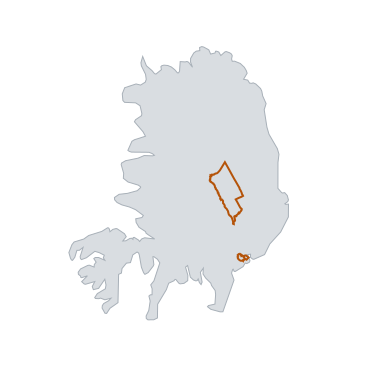 location of Ásahreppur, Suðurland, Iceland, rotated 290°
{"feature_id": "244011B31453435550318", "entity_name": "Ásahreppur", "entity_type": "district", "adm_level": 2, "iso_a3": "ISL", "parent_name": "Iceland", "parent_adm1": "Suðurland", "projection": "albers", "projection_center": [-19.181, 64.281], "detail": "fine", "context": "in_parent", "style": "outline", "palette": "amber", "viewbox_px": 384, "rotation_deg": 290, "n_neighbors": 0, "source": "geoboundaries", "source_scale": "gbopen_adm2", "svg_char_len": 8060}
<svg xmlns="http://www.w3.org/2000/svg" viewBox="0 0 384 384"><g transform="rotate(290 192 192)"><path d="M279.2,110.5L282.1,110.5L286.7,108.1L293.2,101.3L296.0,99.8L302.5,99.3L295.0,106.0L292.4,112.9L290.4,116.3L290.5,117.8L296.5,121.4L299.1,119.9L300.3,120.4L301.6,122.2L302.6,126.0L302.4,129.9L301.0,134.0L299.0,137.5L299.4,138.6L301.2,139.0L310.5,136.3L311.9,141.1L312.9,142.6L312.8,144.3L309.4,149.8L313.6,146.2L317.0,145.0L323.2,146.1L325.8,147.8L327.5,151.0L330.4,149.7L332.0,151.5L332.2,153.5L331.3,159.2L328.0,162.3L330.5,166.1L332.3,166.0L332.7,166.9L332.7,169.3L330.1,172.4L335.0,175.1L335.7,176.2L335.7,179.8L335.1,181.9L333.8,183.2L330.5,183.7L328.6,185.1L329.5,187.3L329.3,193.4L327.1,198.5L324.8,201.3L322.5,203.2L315.6,201.9L316.2,206.1L314.0,208.9L314.6,211.1L315.5,212.1L315.3,215.0L312.7,221.0L310.6,223.1L306.4,225.6L300.4,231.4L294.0,231.7L278.6,240.2L272.6,244.6L261.9,257.4L257.2,260.8L249.1,262.7L224.8,271.5L222.1,276.4L222.0,277.4L223.1,279.3L221.3,282.7L217.6,285.3L215.8,285.3L212.7,283.3L212.4,284.3L213.6,286.8L201.5,291.1L184.7,289.0L169.8,282.9L158.0,281.6L149.9,273.1L149.7,271.8L150.6,269.3L153.6,268.3L152.3,265.7L147.2,270.0L145.6,269.9L143.5,268.0L143.4,266.3L139.3,265.5L132.3,260.0L131.8,258.8L133.6,257.1L133.2,256.7L129.3,256.9L123.6,261.6L90.0,262.0L89.0,259.4L88.2,249.8L89.5,245.8L90.9,246.3L94.5,251.9L103.6,249.3L107.3,247.5L110.8,242.4L112.8,240.8L115.8,234.3L118.7,230.4L124.3,228.7L119.4,227.3L110.8,232.3L108.1,232.2L109.4,229.9L112.4,227.5L110.5,227.2L109.8,226.0L109.8,223.5L111.4,219.6L121.4,213.0L119.2,211.6L112.3,216.6L107.2,218.3L103.4,215.7L101.6,212.2L101.8,210.8L104.3,206.7L104.0,205.9L102.4,205.4L98.3,201.3L91.5,201.3L74.8,198.1L61.8,202.6L58.9,199.8L56.8,194.3L57.5,192.3L59.8,191.3L65.9,191.9L75.2,190.0L79.5,187.1L81.1,188.0L81.8,189.6L87.5,187.6L90.6,185.0L95.5,186.6L114.4,186.0L117.0,182.5L118.2,178.3L117.8,177.4L110.7,181.0L109.1,180.9L101.3,178.4L98.5,175.9L99.6,174.1L104.0,170.2L115.0,163.9L116.5,162.6L116.8,160.9L112.7,157.9L104.6,158.3L102.7,154.7L96.2,152.4L91.7,153.4L89.5,151.2L62.7,160.3L54.7,154.7L48.7,153.3L48.3,151.7L52.2,147.2L54.6,146.6L57.0,147.2L61.4,150.9L64.5,152.2L60.9,147.0L61.0,142.3L59.9,141.0L58.9,137.7L59.5,136.7L64.2,137.8L71.4,143.7L75.2,143.0L80.2,139.9L69.5,137.2L66.5,132.7L69.1,130.6L74.6,131.3L68.9,123.5L68.7,122.2L70.0,119.0L77.5,122.4L73.8,117.7L73.7,116.8L74.9,116.0L75.8,113.4L77.7,112.5L81.6,113.6L87.3,119.1L88.1,120.5L88.0,125.7L90.4,125.0L93.3,125.9L95.8,122.5L97.4,123.5L98.5,126.6L98.0,133.5L99.8,131.2L102.6,131.2L103.3,125.5L103.0,121.0L94.1,115.3L90.7,111.3L91.2,110.0L93.0,109.0L102.7,108.6L98.7,106.1L97.8,103.8L90.5,104.2L86.9,103.1L86.9,101.9L88.4,100.3L93.0,97.0L101.4,97.2L104.7,98.3L110.8,106.4L115.8,109.8L124.1,120.7L129.5,124.9L129.7,126.0L128.8,127.1L126.6,128.5L129.8,130.4L131.7,133.2L131.8,134.4L129.7,142.8L127.5,145.5L122.3,143.7L123.5,146.5L127.1,149.5L127.9,151.1L127.3,152.7L129.1,152.3L129.6,153.2L128.6,158.0L127.6,159.7L130.7,160.8L132.8,163.2L135.1,173.0L136.8,165.6L137.6,162.9L138.9,161.9L140.7,154.3L144.3,149.9L147.6,148.3L150.9,153.7L153.3,154.3L156.1,145.0L156.5,138.1L155.9,130.6L156.5,125.2L158.2,122.0L160.3,121.0L164.9,124.3L168.7,131.9L174.5,140.1L178.6,142.2L179.3,141.9L180.1,139.2L179.5,128.5L181.4,122.8L186.2,121.4L193.5,116.1L195.1,115.9L198.7,118.9L205.3,129.7L209.9,134.6L212.5,142.6L213.6,144.1L214.5,141.6L214.6,138.0L208.8,121.5L208.7,119.3L209.2,117.5L219.1,118.2L221.4,120.0L228.5,129.2L231.9,125.3L238.3,113.9L240.6,114.2L246.5,118.5L248.7,118.0L255.3,113.7L256.5,108.5L253.2,98.0L254.3,95.8L260.4,92.9L267.0,93.1L274.4,102.5L274.9,107.1L279.2,110.5Z" fill="#d9dde1" stroke="#a8b0b8" stroke-width="1"/><path d="M208.8,204.9L208.8,205.0L208.7,205.1L208.4,205.3L208.3,205.6L208.1,205.7L207.9,205.9L207.9,206.3L208.0,206.6L207.8,206.8L207.8,207.1L207.6,207.4L207.6,207.6L207.6,207.8L207.5,208.0L207.5,208.3L207.4,208.5L207.3,208.8L207.3,209.0L207.2,209.2L207.2,209.3L206.8,209.4L206.7,209.5L206.7,209.8L206.6,210.1L206.4,210.5L206.1,210.9L206.0,211.0L205.7,211.0L205.4,211.4L205.3,211.5L204.5,211.9L204.3,212.0L204.2,212.1L204.2,212.3L203.9,212.6L203.8,213.0L203.7,213.1L203.2,213.1L202.9,213.3L202.8,213.5L202.7,213.7L202.7,213.9L202.6,214.2L202.5,214.4L202.2,214.8L201.9,215.0L201.7,215.3L201.7,215.5L201.3,215.8L201.2,216.0L200.9,216.0L200.5,216.4L200.1,216.5L200.1,217.0L200.0,217.4L199.8,217.5L199.6,217.5L199.2,217.5L198.7,218.0L198.6,218.3L198.2,218.5L198.1,218.8L197.8,218.9L197.7,219.0L197.5,219.4L197.5,219.5L197.2,219.9L197.1,220.1L196.7,220.4L196.2,220.7L196.1,220.8L195.8,220.8L195.4,220.7L195.2,220.8L195.1,221.0L194.8,221.4L194.7,221.7L194.6,221.8L194.9,221.9L195.0,222.0L195.2,222.5L194.8,223.0L194.7,223.4L194.6,223.7L194.6,223.8L194.1,224.3L193.8,224.3L193.7,224.3L193.2,224.6L192.7,224.8L192.0,225.1L191.9,225.5L191.7,225.7L191.5,226.2L191.3,226.5L191.1,226.6L190.7,227.2L190.4,227.4L190.2,227.5L189.9,227.5L189.4,227.6L188.9,228.4L188.9,228.6L188.8,228.8L188.4,229.2L188.4,229.4L188.2,229.8L188.1,230.2L187.9,230.5L187.7,230.7L187.4,231.0L187.2,231.2L187.0,231.6L186.4,232.3L186.2,232.4L186.1,232.5L185.9,232.7L185.0,233.1L184.8,233.4L184.6,233.5L184.4,233.6L184.1,233.8L183.8,234.0L183.7,234.1L183.5,234.4L183.4,234.5L183.1,234.8L182.9,235.1L182.8,235.4L182.8,235.7L182.8,235.9L182.6,236.1L182.5,236.3L182.5,236.7L182.3,237.0L182.2,237.3L181.9,237.5L181.7,237.8L181.2,238.4L181.1,238.5L180.1,239.3L178.8,240.3L178.3,240.6L177.9,240.8L177.5,241.0L177.2,241.2L176.9,241.2L176.3,241.3L176.2,241.4L176.1,241.5L176.1,242.1L176.1,242.3L176.6,242.1L177.0,241.5L177.3,241.4L177.9,241.4L178.2,241.4L178.4,241.5L178.7,241.7L178.8,241.9L179.1,242.0L179.9,242.2L180.1,242.1L180.6,241.9L180.9,241.7L181.2,241.5L181.6,241.3L181.7,241.1L182.6,240.5L183.2,240.3L183.5,240.1L183.8,240.2L184.0,240.5L183.8,240.7L184.0,240.8L184.0,241.0L184.3,241.1L184.6,241.5L184.4,241.6L184.3,241.8L184.5,242.0L184.9,242.0L185.0,242.0L185.3,241.9L185.5,241.8L185.9,242.1L186.5,242.5L187.0,242.7L187.6,242.8L187.8,242.8L187.9,243.0L188.1,243.0L187.9,243.3L187.8,243.5L188.2,243.8L188.5,243.6L189.0,243.8L190.8,244.5L191.3,244.6L191.5,244.7L191.8,244.5L192.2,244.5L192.4,244.7L192.6,244.7L192.9,244.6L193.1,244.5L193.8,242.7L198.0,238.0L200.0,235.6L202.4,237.9L204.4,240.1L205.3,240.9L205.8,241.3L206.0,241.1L206.6,240.5L206.7,240.2L206.9,239.9L208.4,238.8L210.1,237.1L211.3,235.6L211.6,235.4L212.1,235.2L212.7,234.5L213.0,234.1L213.4,233.6L214.0,232.9L216.1,230.4L216.7,229.7L218.8,227.1L225.9,219.0L231.3,212.7L221.9,210.8L219.4,209.8L218.5,209.3L218.2,209.1L217.7,208.4L217.3,207.6L217.1,207.5L216.7,207.3L216.5,207.0L216.3,206.9L216.2,206.8L216.2,206.7L215.8,206.5L215.7,206.5L215.6,206.1L215.4,205.9L215.4,205.7L215.2,205.5L215.2,205.3L215.0,205.2L215.1,204.9L215.1,204.7L214.9,204.6L214.8,204.4L214.5,204.4L214.3,204.5L214.3,204.4L214.2,204.3L214.0,204.2L214.0,203.9L213.7,204.1L213.7,203.9L213.4,203.8L213.2,204.0L212.9,204.0L212.6,203.8L212.3,204.1L212.1,204.1L211.9,204.2L211.8,204.4L211.7,204.4L211.5,204.5L211.2,204.5L210.9,204.5L210.7,204.7L210.3,204.8L210.3,204.7L210.2,204.5L209.7,204.6L209.5,204.8L209.4,204.7L209.2,204.6L208.8,204.8L208.8,204.9ZM144.6,263.6L144.8,263.6L145.0,263.7L145.3,263.4L145.5,263.3L145.9,264.0L146.0,264.1L146.8,264.5L147.0,264.4L147.1,264.5L147.1,264.8L147.3,264.9L147.3,265.1L147.2,265.2L147.3,265.3L147.2,266.1L147.3,266.3L147.2,266.5L149.8,267.6L150.9,264.5L150.4,263.4L149.8,262.9L148.2,263.6L148.1,263.0L149.1,262.4L149.1,262.2L149.3,262.0L149.3,261.9L149.3,261.7L149.5,261.6L149.4,261.6L149.5,261.2L149.4,261.1L149.5,261.1L149.5,260.9L149.6,260.7L149.3,260.6L149.1,260.4L149.0,259.8L149.3,259.8L149.8,259.6L150.0,259.5L150.0,259.4L150.3,258.2L149.7,257.9L149.6,257.1L148.4,256.5L148.1,256.8L147.8,257.0L147.5,257.0L146.8,257.0L146.7,257.0L146.6,257.4L146.3,257.4L146.0,257.6L145.5,257.7L145.3,257.8L145.2,257.9L145.3,258.1L145.0,258.5L144.6,259.1L144.4,259.5L144.2,260.1L144.2,260.4L144.1,260.8L144.1,261.3L144.2,261.6L144.3,262.0L144.6,262.4L144.7,262.7L144.7,262.9L144.8,263.2L144.7,263.4L144.6,263.6Z" fill="none" stroke="#b45309" stroke-width="2"/></g></svg>